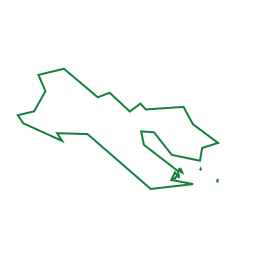 an SVG outline of Leningrad, rotated 207°
{"feature_id": "RUS-2336", "entity_name": "Leningrad", "entity_type": "Region", "adm_level": 1, "iso_a3": "RUS", "parent_name": "Russia", "parent_adm1": "", "projection": "natural_earth1", "projection_center": [31.635, 59.881], "detail": "coarse", "context": "isolated", "style": "outline", "palette": "green", "viewbox_px": 256, "rotation_deg": 207, "n_neighbors": 0, "source": "natural_earth", "source_scale": "10m", "svg_char_len": 733}
<svg xmlns="http://www.w3.org/2000/svg" viewBox="0 0 256 256"><g transform="rotate(207 128 128)"><path d="M44.5,107.6L80.1,84.0L161.3,104.2L188.8,91.2L180.9,86.6L223.4,84.6L232.0,89.4L219.2,100.2L218.3,123.3L231.9,134.7L212.0,151.7L168.9,141.6L160.4,151.1L133.9,143.5L128.0,155.4L120.6,152.6L88.1,172.0L71.8,160.8L41.0,155.6L52.9,143.9L49.0,131.5L76.8,123.9L102.9,136.0L114.8,130.9L106.2,120.2L64.0,112.3L59.8,106.8L66.0,109.8L65.9,101.3L44.5,107.6ZM63.1,113.3L64.1,115.7L62.1,113.3L63.1,113.3ZM63.8,104.2L63.1,106.2L62.8,104.7L63.8,104.2ZM24.3,120.9L24.8,123.5L24.0,120.9L24.3,120.9ZM60.8,112.9L61.2,114.4L59.4,112.9L60.8,112.9ZM44.7,123.1L44.7,124.5L44.3,124.0L44.7,123.1Z" fill="none" stroke="#15803d" stroke-width="2"/></g></svg>